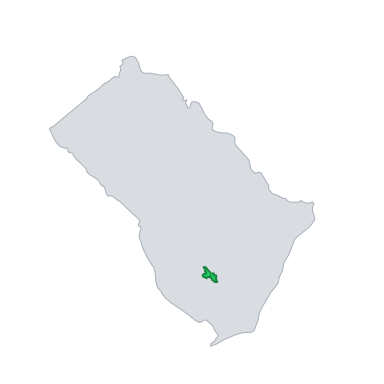 Amansie South, Ashanti, Ghana shown in context, rotated 321°
{"feature_id": "2480657B37143689168174", "entity_name": "Amansie South", "entity_type": "district", "adm_level": 2, "iso_a3": "GHA", "parent_name": "Ghana", "parent_adm1": "Ashanti", "projection": "natural_earth1", "projection_center": [-2.012, 6.309], "detail": "fine", "context": "in_parent", "style": "filled", "palette": "green", "viewbox_px": 384, "rotation_deg": 321, "n_neighbors": 0, "source": "geoboundaries", "source_scale": "gbopen_adm2", "svg_char_len": 5901}
<svg xmlns="http://www.w3.org/2000/svg" viewBox="0 0 384 384"><g transform="rotate(321 192 192)"><path d="M229.6,47.7L232.1,50.5L232.6,52.1L231.7,58.0L229.9,62.2L228.7,66.1L228.9,68.0L230.0,70.0L233.9,73.0L235.8,75.0L238.1,78.0L240.8,81.0L245.4,84.8L247.3,85.5L247.2,86.6L246.6,88.0L246.2,102.3L245.9,106.0L245.5,107.8L245.1,113.2L244.6,113.9L243.8,113.9L243.0,114.1L242.8,115.1L243.1,116.2L245.9,117.0L245.3,117.8L243.2,118.5L242.3,120.1L242.7,122.0L241.6,123.4L241.9,124.4L242.6,125.1L243.8,124.9L247.0,122.4L248.3,122.1L250.0,122.7L253.1,126.4L253.2,128.2L252.0,134.5L250.8,139.4L250.6,145.8L251.9,149.5L251.7,151.5L250.3,153.2L247.1,155.7L247.4,157.4L248.8,160.5L251.5,164.1L256.7,168.5L259.5,174.2L259.6,176.5L258.0,178.8L256.1,180.8L255.5,183.8L256.4,202.9L252.2,211.2L252.2,213.5L252.6,216.3L253.7,218.0L255.8,218.4L257.6,220.0L257.0,225.8L256.1,231.8L255.9,234.7L255.4,236.0L253.8,237.1L253.2,239.0L253.6,241.3L253.3,243.0L254.2,245.2L256.1,248.0L259.1,254.9L260.3,255.4L260.8,256.8L260.5,258.2L261.6,261.3L265.0,264.3L268.6,266.9L271.4,267.3L272.1,269.7L274.0,272.7L275.4,274.0L277.6,274.9L279.4,275.3L279.4,277.9L276.2,279.6L274.0,282.2L272.4,286.3L270.1,290.7L262.2,293.0L259.1,293.0L242.8,293.1L227.6,301.7L218.8,304.8L213.4,309.7L206.2,313.2L201.1,317.4L190.6,319.4L173.3,326.0L167.9,328.6L162.5,333.2L153.6,338.6L150.1,338.5L143.1,333.5L137.9,331.0L125.1,327.1L115.5,325.6L110.9,324.0L109.6,323.7L110.7,321.9L113.4,321.7L116.2,322.3L118.3,320.9L121.4,320.7L122.2,319.3L122.5,315.6L122.5,312.7L123.6,311.4L123.8,307.9L122.3,300.3L121.2,299.4L115.6,298.3L115.2,296.8L114.2,295.2L113.2,291.2L111.9,285.3L110.0,278.1L106.3,266.0L105.3,261.8L104.7,257.5L104.6,252.3L105.3,250.4L105.2,247.7L104.9,245.0L107.5,238.9L112.7,231.4L113.8,228.7L114.8,226.8L114.9,224.1L115.8,215.4L118.3,204.9L119.9,200.9L120.9,198.7L122.2,195.2L122.5,193.5L127.3,189.4L129.5,188.3L129.9,186.7L129.2,184.9L129.5,183.7L130.7,183.1L132.4,182.6L133.7,180.9L131.7,167.9L130.1,154.9L130.0,153.8L129.0,152.0L128.1,146.6L126.5,143.5L124.2,142.6L124.2,139.6L126.5,134.6L127.1,131.7L126.0,130.8L125.8,128.6L126.6,124.9L126.2,122.6L125.8,120.2L123.5,114.5L122.9,110.5L124.1,108.1L124.1,103.0L122.8,95.0L122.6,90.0L123.5,87.9L123.1,86.0L121.4,84.1L121.2,82.2L122.7,80.4L122.5,79.0L120.7,78.0L119.1,75.6L117.7,71.7L118.0,65.5L120.7,54.1L121.0,53.1L124.1,53.2L124.1,53.7L133.6,53.6L144.5,53.4L157.5,53.3L169.4,53.2L169.9,52.6L171.8,52.0L183.8,53.2L191.3,52.6L194.5,53.0L196.8,53.7L201.9,53.3L204.7,53.6L206.8,56.4L207.6,56.4L208.8,55.2L210.8,53.8L212.9,52.7L214.4,50.5L215.3,48.8L216.7,49.1L218.7,49.0L220.0,47.6L220.5,45.4L229.6,47.7Z" fill="#d9dde1" stroke="#a8b0b8" stroke-width="1"/><path d="M146.8,265.3L147.2,265.5L147.3,265.6L147.6,265.8L147.7,266.0L147.8,266.0L148.3,266.1L148.4,266.3L148.5,266.3L148.6,266.5L148.8,266.8L148.7,267.1L148.7,267.3L148.6,267.5L148.8,267.7L148.7,267.8L148.7,268.1L148.8,268.2L148.9,267.9L149.0,267.8L149.3,267.8L149.5,267.8L149.9,267.9L150.3,268.2L150.3,268.3L150.7,268.5L150.8,268.4L151.0,268.5L151.3,268.7L151.5,268.7L151.6,268.8L151.8,268.8L151.8,269.0L152.0,268.9L152.3,268.8L152.6,268.8L152.7,268.7L152.9,268.6L153.0,268.7L153.3,268.6L153.3,268.8L153.2,268.9L153.2,269.1L153.1,269.3L153.1,269.5L152.9,269.8L152.8,270.1L152.8,270.3L152.7,270.3L152.8,270.4L152.8,270.5L152.7,270.6L152.8,270.8L152.7,270.9L152.9,271.2L152.8,271.4L152.8,271.7L152.8,271.8L152.7,271.8L152.5,272.1L152.4,272.4L152.1,272.5L152.1,272.9L152.1,273.1L152.3,273.3L152.4,273.5L152.5,273.8L152.7,274.0L152.7,274.3L152.8,274.4L152.7,274.5L152.7,274.9L152.8,274.9L152.9,275.0L152.7,275.3L152.6,275.5L152.7,275.8L152.9,276.0L153.0,276.1L153.0,276.5L153.1,276.8L153.3,276.9L153.4,276.6L153.6,276.6L153.8,276.5L153.9,276.4L154.0,276.3L154.2,276.5L154.3,276.5L154.5,276.8L154.3,276.7L154.2,276.7L154.1,277.1L154.1,277.3L154.3,277.6L154.6,277.7L154.6,277.8L154.8,277.8L154.8,277.7L155.1,277.3L155.2,277.2L155.3,276.9L155.4,276.7L155.5,276.5L155.6,276.4L155.6,276.2L155.6,275.9L155.7,275.7L155.8,275.6L155.6,275.5L155.7,275.3L155.8,275.2L155.7,275.0L155.7,274.9L155.6,274.7L155.8,274.7L156.0,274.8L156.0,274.7L156.3,274.5L156.4,274.3L156.6,274.2L156.8,274.0L156.8,273.9L156.7,273.8L156.7,273.7L156.8,273.7L156.9,273.8L157.1,273.6L157.2,273.8L157.5,273.6L157.5,273.4L157.7,273.2L157.8,273.2L158.0,272.8L158.0,272.7L158.2,272.4L158.1,272.2L157.9,272.2L158.0,272.0L157.9,272.0L157.8,271.7L157.7,271.7L157.8,271.7L157.7,271.6L157.6,271.4L157.6,271.2L157.4,270.8L157.4,270.7L157.4,270.4L157.4,270.5L157.3,270.4L157.2,270.5L157.2,270.4L157.3,270.3L157.2,270.2L157.3,270.2L157.4,269.9L157.5,269.8L157.4,269.7L157.4,269.3L157.5,269.1L157.7,268.9L157.4,268.7L157.1,268.2L156.0,267.7L155.5,267.4L155.7,266.1L155.6,264.8L155.5,264.4L155.5,263.9L155.3,263.4L155.5,262.7L155.4,261.5L155.6,261.1L155.4,260.6L155.5,260.1L155.5,259.4L155.4,258.8L155.2,258.4L154.7,258.3L154.2,258.2L154.1,258.3L154.0,258.2L153.9,258.3L154.0,258.4L153.9,258.4L153.7,258.3L153.6,258.2L153.4,258.2L153.5,258.0L153.4,258.0L153.4,257.9L153.3,258.0L153.2,258.0L153.3,258.0L153.3,258.3L153.5,258.7L153.5,258.8L153.6,259.0L153.5,259.4L153.5,259.6L153.4,259.7L153.5,260.1L153.3,260.3L153.4,260.7L153.3,260.8L153.3,261.0L153.1,261.1L152.9,261.3L152.6,261.5L152.3,261.7L152.4,261.8L152.5,261.8L152.6,261.7L152.8,261.8L152.9,262.0L152.7,262.0L152.5,262.3L152.4,262.3L152.3,262.2L152.3,262.3L152.2,262.3L151.9,262.4L151.8,262.6L151.9,262.8L152.0,262.9L152.0,263.0L151.9,263.1L152.0,263.1L151.9,263.2L151.9,263.3L151.7,263.5L151.7,263.8L151.8,263.8L152.0,263.9L152.0,264.0L151.9,264.0L151.7,264.0L151.6,263.9L151.4,263.9L151.2,263.9L150.9,263.9L150.7,263.7L150.4,263.5L150.2,263.4L149.9,263.2L149.6,263.2L149.3,263.1L149.2,263.0L148.9,263.0L148.7,263.1L148.1,263.0L148.0,263.4L148.0,263.5L148.1,263.8L147.9,264.1L147.7,264.1L147.3,264.1L147.3,264.3L147.4,264.5L147.3,264.8L147.2,265.0L146.9,265.3L146.8,265.3Z" fill="#22c55e" stroke="#15803d" stroke-width="1.5"/></g></svg>